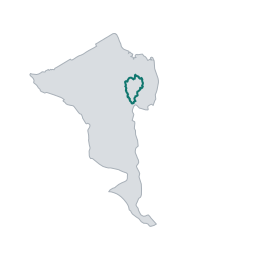 Ouest highlighted on a map of Cameroon, rotated 149°
{"feature_id": "CMR-798", "entity_name": "Ouest", "entity_type": "Province", "adm_level": 1, "iso_a3": "CMR", "parent_name": "Cameroon", "parent_adm1": "", "projection": "robinson", "projection_center": [10.725, 5.593], "detail": "fine", "context": "in_parent", "style": "outline", "palette": "teal", "viewbox_px": 256, "rotation_deg": 149, "n_neighbors": 0, "source": "natural_earth", "source_scale": "10m", "svg_char_len": 5969}
<svg xmlns="http://www.w3.org/2000/svg" viewBox="0 0 256 256"><g transform="rotate(149 128 128)"><path d="M70.9,172.6L71.4,171.3L74.6,165.1L76.7,155.1L77.6,152.8L78.5,151.3L83.2,146.0L85.0,144.3L87.5,142.4L89.3,138.5L89.9,138.1L90.7,137.8L94.8,134.5L95.1,135.1L95.4,135.9L95.7,136.3L97.0,136.5L98.8,136.5L99.8,136.3L100.4,135.6L101.0,133.8L101.3,133.4L101.7,133.3L103.7,134.6L106.9,138.2L107.7,138.9L108.1,139.6L108.8,142.8L109.2,143.6L109.9,144.0L111.2,143.8L112.5,143.2L113.6,142.3L114.8,141.3L115.5,140.3L115.9,139.6L116.0,136.9L116.3,136.3L120.5,132.4L120.4,132.1L119.7,131.0L119.1,129.8L119.7,128.5L120.4,127.6L122.8,124.4L122.9,122.0L124.9,118.4L126.0,113.5L126.1,112.6L128.6,107.3L131.3,106.8L132.3,106.1L133.5,104.7L134.3,103.5L134.6,102.3L134.9,100.1L135.4,97.5L135.6,95.3L136.4,93.2L137.8,92.1L140.1,91.2L140.5,90.8L140.8,89.4L141.1,84.8L141.5,82.8L143.7,80.5L144.6,76.9L145.5,73.1L147.9,68.6L150.8,64.0L152.1,62.8L153.2,62.2L154.5,62.2L155.4,61.9L158.5,59.6L159.8,58.8L160.7,58.0L160.9,57.4L161.0,56.4L160.7,54.0L161.3,52.3L161.6,49.6L161.7,47.6L161.6,46.8L161.0,45.6L160.1,44.3L158.5,43.6L156.4,43.4L155.3,42.9L154.8,40.5L154.7,39.0L153.2,31.1L155.9,31.1L159.2,32.0L160.0,32.8L160.4,35.5L161.6,37.0L163.6,38.3L164.9,40.9L165.4,44.8L166.6,47.2L166.8,47.6L168.5,52.0L168.6,54.1L168.4,55.5L169.1,57.2L168.1,60.1L167.8,62.0L167.8,64.5L168.4,68.9L169.3,72.4L170.4,75.2L171.5,77.3L173.3,79.7L175.3,81.9L177.2,83.3L175.5,84.1L172.2,84.2L170.3,83.7L169.4,83.7L168.5,84.0L164.9,84.4L161.4,84.2L158.1,83.7L156.1,83.8L154.5,85.1L153.3,87.1L152.1,88.7L152.5,90.4L153.4,91.4L155.1,93.5L156.6,95.6L157.4,97.0L160.5,100.0L163.4,102.7L164.8,103.6L165.3,103.8L167.0,105.4L169.2,107.9L171.2,111.9L174.1,119.9L174.7,120.6L175.7,121.0L175.8,121.9L175.8,123.1L175.5,124.1L173.2,128.3L171.2,129.9L170.6,130.9L169.9,133.3L168.0,138.1L167.3,138.7L165.5,142.0L164.0,146.0L163.6,146.7L163.0,147.2L160.9,148.2L160.2,148.7L159.2,149.9L159.0,150.8L159.5,151.9L160.1,152.8L161.2,152.8L161.8,153.7L161.8,160.0L161.3,160.9L161.3,161.4L161.1,162.4L161.0,163.7L161.2,164.1L161.6,164.5L162.2,165.4L162.5,167.3L163.2,174.1L163.6,175.2L164.2,175.9L166.0,177.4L167.9,179.3L168.6,180.6L168.9,182.6L169.7,184.2L169.6,184.8L169.3,185.0L168.1,185.1L168.5,186.3L169.5,188.4L174.5,194.7L179.3,200.3L180.4,200.7L181.2,200.8L181.6,201.1L182.0,201.9L183.6,204.0L183.9,205.2L183.5,206.3L183.9,208.0L184.2,208.7L184.1,209.2L184.2,211.4L184.7,213.2L185.4,214.8L185.3,215.9L184.4,216.6L183.9,217.6L183.7,219.0L184.0,220.8L184.7,222.9L184.7,224.1L183.6,224.9L182.3,223.5L180.9,222.5L178.8,220.9L176.7,220.3L173.9,220.2L172.7,220.4L170.7,219.0L170.0,218.8L169.1,219.4L168.5,219.4L167.7,219.2L166.2,219.2L166.0,218.2L165.8,218.0L164.1,218.1L163.6,217.3L163.3,217.4L162.7,217.2L161.3,216.0L159.9,216.8L156.9,216.7L142.0,216.7L141.7,215.6L140.9,215.1L139.6,215.0L135.6,215.2L132.6,215.1L130.6,214.6L128.0,214.4L124.9,214.6L121.7,214.6L116.0,214.3L112.8,214.3L112.9,215.0L112.7,215.4L112.5,216.6L92.3,216.6L90.6,215.8L90.2,215.3L90.0,214.4L89.6,214.2L89.9,210.2L90.6,206.9L90.9,203.8L91.8,201.1L91.3,198.3L90.7,197.2L87.7,193.3L89.1,191.8L87.2,192.0L86.8,190.6L85.9,188.8L86.5,188.6L87.0,187.6L88.7,187.9L88.6,187.5L87.2,186.0L87.3,185.3L87.9,184.5L87.6,184.1L86.6,185.0L85.9,184.9L85.3,184.4L84.9,184.3L85.1,185.4L84.5,186.4L84.0,186.7L83.0,186.7L82.3,186.4L82.1,185.9L81.3,185.5L79.3,184.7L77.6,183.9L77.3,181.5L76.6,180.5L76.3,179.3L76.1,178.0L76.4,176.0L76.0,175.7L75.5,175.6L74.7,175.7L74.0,175.6L73.2,174.4L72.5,174.0L73.0,176.1L72.5,176.6L71.2,176.5L70.7,175.7L70.6,175.1L71.2,172.6L70.9,172.6Z" fill="#d9dde1" stroke="#a8b0b8" stroke-width="1"/><path d="M109.0,147.4L109.4,147.4L109.6,147.2L109.8,147.1L110.4,146.5L111.6,146.8L111.8,146.9L112.0,147.1L112.1,147.3L112.1,147.5L111.9,147.8L111.9,148.0L111.8,148.4L111.9,148.7L112.0,149.1L112.2,149.8L112.3,150.2L112.3,150.5L112.0,151.2L112.0,151.5L111.7,151.7L111.6,151.9L111.8,152.0L111.8,152.3L111.7,152.5L111.6,152.9L111.6,153.2L111.6,153.4L111.6,153.5L111.8,153.7L111.8,153.9L111.8,154.1L111.7,154.3L111.7,154.5L111.8,154.7L111.9,154.8L112.1,154.7L112.3,154.7L112.3,155.0L112.1,155.2L111.8,155.8L111.7,156.0L111.4,156.1L111.2,156.4L111.1,156.6L110.8,156.8L110.9,157.0L110.8,157.3L110.6,157.6L110.5,157.8L110.5,158.0L110.7,158.5L110.8,158.8L110.8,159.4L110.7,159.7L110.6,160.2L110.6,160.3L110.4,160.5L110.3,160.8L110.5,161.1L110.4,161.3L110.3,161.6L110.2,161.7L110.0,161.8L109.6,162.5L109.4,162.7L109.2,162.7L109.1,162.8L108.9,163.0L108.8,163.5L108.8,163.8L108.7,164.4L108.7,164.6L108.7,164.8L108.8,164.9L108.8,165.1L108.5,165.2L108.1,165.4L107.9,165.7L107.6,166.0L107.5,166.4L107.5,166.8L107.3,167.4L107.0,168.4L107.0,168.5L106.8,168.9L106.6,169.1L106.1,169.2L105.8,169.1L105.6,169.1L105.0,168.4L104.8,168.2L104.6,168.1L104.4,168.2L104.3,168.3L104.2,168.4L104.2,168.5L103.9,168.9L103.8,169.0L101.7,170.1L101.3,170.2L100.2,170.0L99.9,169.8L99.8,169.7L99.6,169.5L99.3,169.4L99.1,169.2L98.8,168.4L98.7,168.1L98.5,167.8L98.4,167.2L98.2,166.9L97.8,167.0L97.6,167.0L97.3,167.1L97.2,167.2L96.8,167.1L96.7,167.0L96.4,167.3L96.3,167.6L96.2,167.8L96.0,168.0L95.4,168.4L95.4,168.6L94.9,169.6L94.7,169.6L94.4,169.7L94.2,168.9L94.0,168.7L93.9,168.7L93.7,168.4L93.6,168.2L93.6,167.8L93.5,167.6L92.9,167.2L92.8,166.9L92.7,166.6L92.6,166.4L92.5,166.2L92.7,165.8L92.7,165.1L92.5,164.7L92.4,164.4L92.3,164.1L91.8,163.8L91.6,163.7L91.4,163.7L91.3,163.8L91.1,163.9L91.0,164.0L90.8,164.0L90.6,163.6L90.7,162.3L91.2,161.9L91.9,160.1L91.9,159.8L92.0,159.1L92.1,158.8L92.4,158.4L93.6,157.3L94.2,157.0L94.3,156.8L94.3,156.7L94.0,156.0L95.0,155.2L95.5,155.2L96.2,155.4L96.4,155.4L96.5,155.6L96.6,155.8L96.8,156.1L97.1,156.0L97.2,155.8L97.5,154.8L100.1,154.2L100.4,154.2L101.2,154.3L101.5,154.1L102.3,152.9L102.8,151.3L102.9,151.1L103.0,151.0L103.3,150.9L103.5,150.9L104.5,151.1L105.2,151.3L105.4,150.9L105.8,150.8L106.4,150.6L107.1,150.2L107.3,150.0L107.4,149.8L107.5,149.5L107.8,148.5L107.7,147.7L107.8,147.3L109.0,147.4Z" fill="none" stroke="#0f766e" stroke-width="2"/></g></svg>